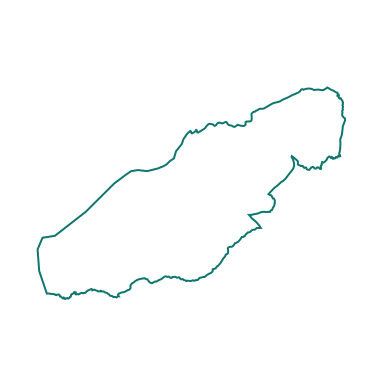 outline of Bolga East, Upper East, Ghana, rotated 16°
{"feature_id": "2480657B19171272300465", "entity_name": "Bolga East", "entity_type": "district", "adm_level": 2, "iso_a3": "GHA", "parent_name": "Ghana", "parent_adm1": "Upper East", "projection": "mercator", "projection_center": [-0.786, 10.803], "detail": "fine", "context": "isolated", "style": "outline", "palette": "teal", "viewbox_px": 384, "rotation_deg": 16, "n_neighbors": 0, "source": "geoboundaries", "source_scale": "gbopen_adm2", "svg_char_len": 6060}
<svg xmlns="http://www.w3.org/2000/svg" viewBox="0 0 384 384"><g transform="rotate(16 192 192)"><path d="M80.5,329.7L81.6,329.2L82.5,329.0L83.6,329.0L86.3,328.5L87.0,328.3L88.2,328.2L89.0,328.3L89.0,328.5L90.1,328.5L91.4,327.4L92.4,327.3L92.8,327.4L94.0,328.8L94.5,328.5L95.6,329.2L97.4,329.8L97.8,328.8L98.2,328.9L99.0,329.7L99.5,329.8L100.1,329.0L100.8,328.9L101.2,328.4L101.5,328.2L102.2,328.6L102.6,328.5L103.1,327.8L103.4,327.6L103.5,326.7L104.2,326.2L104.3,325.0L104.1,324.3L104.5,323.4L105.3,323.0L106.1,321.7L106.2,321.0L106.5,320.8L106.8,320.6L107.8,320.4L108.0,320.7L107.9,322.0L108.2,322.3L108.5,322.4L109.4,322.2L110.1,321.7L111.4,321.6L112.4,320.4L113.3,319.7L114.0,319.4L115.2,319.4L116.0,318.8L117.0,318.5L118.2,316.6L119.2,315.3L121.5,313.3L122.1,313.0L122.5,313.0L122.8,313.2L123.2,314.0L124.0,313.5L124.9,312.8L126.6,313.1L127.8,313.1L129.4,313.4L130.2,313.0L131.0,312.9L131.3,312.7L131.4,312.3L131.9,312.5L132.2,312.2L132.4,312.4L132.9,312.4L134.6,312.0L136.0,312.5L138.2,312.5L139.7,313.2L140.5,313.3L141.6,314.1L142.0,314.3L142.5,314.3L143.2,314.1L143.9,314.0L145.3,314.6L147.2,314.1L148.5,314.2L149.0,313.6L149.6,312.6L149.9,312.3L150.2,312.3L149.2,311.3L149.2,310.8L149.8,309.8L151.9,308.0L153.2,307.5L155.0,306.5L157.1,304.2L158.3,303.4L159.1,302.5L159.3,301.7L159.3,301.1L158.6,298.6L159.4,296.6L159.8,295.9L161.0,295.0L161.6,293.8L163.2,292.0L164.8,290.6L166.0,290.2L166.5,289.7L170.2,287.9L171.6,288.4L172.6,288.1L173.6,288.6L175.5,290.1L176.4,290.5L177.4,290.8L178.5,290.7L179.0,290.4L180.8,288.5L181.7,288.1L182.5,287.9L183.6,286.8L184.1,286.0L185.1,285.4L186.8,283.8L187.6,282.6L189.1,280.8L190.1,280.3L191.5,280.4L191.9,280.3L192.7,279.7L193.2,279.7L194.1,280.3L196.0,280.3L196.6,279.1L199.6,278.1L200.8,278.5L201.5,278.5L201.9,278.1L203.1,277.6L203.8,277.8L204.5,278.5L205.4,278.9L205.9,278.9L206.9,278.3L207.3,278.3L208.6,278.9L210.0,278.8L211.0,279.2L212.4,278.4L215.4,278.0L216.4,277.1L217.1,276.7L218.7,276.7L219.0,276.5L219.7,275.7L220.0,275.5L220.9,275.5L221.4,275.2L222.1,274.5L222.8,272.6L225.5,271.1L225.9,270.7L227.3,270.3L227.6,270.1L228.4,269.0L228.9,268.0L230.3,266.6L230.7,266.0L232.5,264.7L233.6,262.9L233.6,262.0L233.2,260.6L234.2,259.9L234.8,259.7L236.0,258.5L236.4,256.8L237.5,255.6L239.0,252.3L240.1,248.5L240.3,247.3L241.6,244.8L241.6,243.7L241.8,242.7L242.8,242.0L243.1,241.7L243.3,241.1L243.3,239.9L243.0,238.6L242.0,236.3L242.1,235.5L243.2,234.5L245.3,233.6L246.2,232.9L246.4,232.1L246.9,231.5L247.2,229.8L247.3,229.5L248.1,229.0L250.2,227.0L251.4,224.5L252.2,221.7L253.8,221.0L254.1,220.4L255.0,219.6L255.2,218.4L255.8,217.2L256.2,216.7L256.9,215.4L257.7,215.2L258.4,214.8L258.8,214.3L260.0,212.3L261.2,211.4L262.8,210.8L264.1,208.9L264.9,208.5L265.9,208.3L268.0,207.6L265.8,205.6L261.6,202.9L257.0,200.9L253.1,198.3L255.4,197.6L258.1,196.1L261.9,194.1L263.5,192.6L265.6,191.5L267.6,191.0L269.2,190.8L270.2,190.3L272.6,189.5L272.6,188.3L272.9,187.9L273.7,187.5L274.1,186.0L274.0,185.3L274.2,184.3L274.7,183.4L274.8,181.6L274.6,180.9L274.7,179.9L274.4,179.6L274.0,177.3L272.4,175.7L271.5,175.9L271.0,175.2L270.2,174.6L269.8,173.9L269.1,173.4L267.2,173.3L266.1,172.9L269.4,166.5L270.7,164.4L272.3,162.3L274.9,158.0L276.7,156.0L278.1,153.7L281.1,146.1L282.1,143.9L282.9,141.4L282.9,138.6L282.2,136.3L281.1,134.4L279.6,132.3L278.0,130.8L278.0,130.0L280.8,131.0L281.9,131.6L284.3,132.7L285.1,133.2L285.6,134.0L286.0,135.8L286.2,136.3L286.9,136.7L288.6,136.7L289.4,137.1L290.4,136.6L291.2,136.5L291.8,136.8L292.3,137.5L293.0,137.8L293.4,137.8L293.8,137.3L294.7,137.0L295.1,137.1L295.7,138.2L296.5,138.6L297.8,138.6L298.7,138.3L299.1,137.6L299.2,137.1L300.1,135.3L300.9,134.8L301.6,134.5L302.7,135.2L303.6,135.6L304.0,135.6L304.9,135.0L305.4,134.0L306.3,133.6L306.8,133.6L308.6,134.5L309.4,134.5L309.6,133.7L308.6,131.6L308.7,131.1L309.3,130.0L308.8,129.2L308.9,127.3L310.2,127.5L310.9,126.9L311.3,126.1L311.8,125.6L312.2,124.4L312.6,123.9L312.8,121.9L313.9,120.3L314.2,120.0L314.8,120.0L316.1,120.8L316.6,119.8L316.9,119.8L317.2,120.0L317.5,120.9L318.2,121.2L318.6,121.1L318.6,120.4L318.9,120.2L319.6,120.2L320.0,120.4L320.3,120.2L320.8,119.2L320.8,118.8L321.8,118.9L322.0,118.1L322.7,117.7L322.6,117.1L323.1,116.6L324.1,117.1L324.6,116.8L323.8,115.5L323.0,114.8L322.7,110.7L322.0,107.3L321.4,104.7L320.0,100.8L320.3,95.5L318.9,87.3L319.4,81.2L318.7,79.0L317.3,78.6L315.8,77.5L315.0,76.5L314.8,74.3L314.3,73.5L314.1,72.9L314.1,72.4L314.4,71.5L314.1,70.8L313.8,70.4L313.6,68.2L312.8,67.4L312.7,67.1L312.9,66.0L312.5,65.2L312.6,64.8L312.5,64.4L312.0,64.0L311.5,62.9L309.9,61.8L309.7,61.3L309.1,60.9L308.4,61.0L308.1,61.4L306.9,60.7L306.7,60.4L306.8,59.2L306.5,58.6L306.1,59.1L305.6,59.4L305.2,59.4L305.1,57.4L304.4,56.5L303.2,56.5L301.7,56.2L300.5,55.6L298.0,55.5L293.4,54.2L292.9,54.6L292.6,55.3L291.5,56.3L290.9,57.2L289.8,58.1L284.9,58.8L281.2,60.3L279.1,60.0L277.2,60.0L274.8,60.7L273.0,61.5L270.9,63.0L269.9,62.7L268.8,63.3L268.0,65.6L266.8,67.1L263.5,69.9L262.6,70.4L256.9,75.8L255.0,77.1L251.2,80.9L249.4,82.1L247.4,83.1L246.1,83.9L244.7,85.0L241.1,88.8L238.1,91.9L236.3,92.8L234.7,93.1L233.6,93.8L232.5,95.2L231.2,96.1L230.7,97.1L230.4,97.4L229.3,97.8L228.2,99.2L227.8,100.3L227.9,101.5L229.2,104.9L229.4,106.8L229.0,107.7L227.6,108.4L224.9,109.3L224.2,110.1L224.9,112.5L224.2,113.7L223.6,114.3L220.2,114.9L217.3,114.8L215.7,117.0L214.9,117.7L213.8,117.8L211.9,117.3L209.4,117.5L208.4,117.4L207.5,116.8L206.6,115.8L205.8,115.3L205.1,115.5L204.0,116.2L202.7,117.5L201.5,117.8L199.4,117.7L198.3,118.2L197.3,119.3L196.7,121.1L196.1,121.9L195.3,122.2L193.5,121.3L190.6,121.5L189.5,121.9L188.8,122.7L188.3,123.8L187.4,125.4L187.3,126.3L186.3,127.9L182.3,132.4L181.5,133.1L180.8,133.3L179.1,131.1L178.8,131.2L178.6,132.6L178.2,133.2L177.0,134.6L175.8,135.7L175.4,135.6L175.1,135.4L174.6,134.8L174.3,134.1L173.5,133.8L171.3,137.4L169.2,143.5L169.0,148.6L165.4,157.3L165.4,164.6L162.2,168.4L159.8,172.7L157.3,175.2L152.5,178.9L143.2,184.3L134.1,185.8L127.8,188.7L124.1,193.1L114.9,205.2L95.4,240.2L72.3,271.9L60.9,277.2L59.4,289.8L66.9,310.1L80.5,329.7Z" fill="none" stroke="#0f766e" stroke-width="2"/></g></svg>